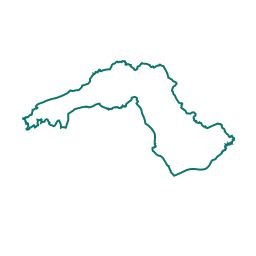 Sam Ngam, Phichit, Thailand (Natural Earth projection), rotated 249°
{"feature_id": "78962969B83024489424242", "entity_name": "Sam Ngam", "entity_type": "district", "adm_level": 2, "iso_a3": "THA", "parent_name": "Thailand", "parent_adm1": "Phichit", "projection": "natural_earth1", "projection_center": [100.162, 16.481], "detail": "fine", "context": "isolated", "style": "outline", "palette": "teal", "viewbox_px": 256, "rotation_deg": 249, "n_neighbors": 0, "source": "geoboundaries", "source_scale": "gbopen_adm2", "svg_char_len": 5899}
<svg xmlns="http://www.w3.org/2000/svg" viewBox="0 0 256 256"><g transform="rotate(249 128 128)"><path d="M174.6,32.7L174.2,33.5L173.9,33.6L172.6,34.9L171.1,34.8L170.8,34.9L170.7,34.7L170.3,34.9L169.9,34.6L168.5,34.4L168.6,35.8L167.9,36.3L167.5,36.1L167.0,35.6L166.3,35.9L165.6,35.6L163.7,33.7L163.4,32.8L162.9,32.9L162.8,33.4L162.3,34.0L162.5,35.3L162.7,35.8L163.6,36.8L163.3,38.0L164.1,39.9L164.3,41.1L161.9,41.2L161.9,42.1L162.8,43.4L162.6,44.5L162.7,45.1L163.3,45.4L164.4,45.1L164.9,45.2L166.9,46.4L167.7,46.4L167.7,46.7L168.0,46.7L167.0,48.1L167.2,50.2L166.7,50.3L164.1,48.8L164.4,49.9L164.1,50.3L164.2,51.1L163.8,52.3L164.9,53.5L165.3,54.1L165.4,54.9L164.9,55.7L163.9,56.1L162.7,55.9L161.4,56.7L161.0,56.6L160.5,55.9L159.8,55.9L158.4,57.0L157.5,58.3L156.3,59.2L156.3,60.0L156.8,61.1L159.0,63.5L159.5,64.3L159.9,65.3L159.8,66.2L158.8,66.5L155.3,66.5L154.0,66.2L152.4,65.6L152.5,66.5L152.3,67.0L151.6,68.7L151.4,68.7L150.6,70.0L156.8,75.1L162.6,77.2L163.9,83.2L164.7,84.9L163.8,93.0L163.6,93.5L163.0,96.7L162.5,96.8L162.3,97.9L161.2,99.0L160.8,102.7L161.4,106.1L161.4,107.4L161.2,109.2L160.9,110.2L159.9,110.0L157.9,111.0L153.5,115.4L153.4,115.8L153.6,116.0L153.4,116.5L153.2,116.6L152.8,116.4L152.6,116.8L152.2,116.7L152.2,117.5L152.4,117.9L152.1,118.7L151.7,119.0L151.8,119.5L151.6,119.8L152.2,121.1L152.2,122.1L151.9,123.8L151.5,124.1L151.6,125.1L151.3,125.4L151.0,126.0L150.5,126.2L149.9,126.8L149.4,127.7L149.6,128.3L149.3,128.9L149.4,129.4L150.0,129.5L150.4,130.7L150.8,131.1L149.5,131.7L149.2,132.3L149.6,133.1L149.0,133.5L149.4,134.2L150.6,134.6L151.4,135.7L151.6,136.9L152.1,137.9L152.8,141.0L153.4,141.6L154.7,142.1L154.9,142.4L154.9,142.9L154.8,143.2L154.8,144.2L154.6,145.4L154.1,146.0L152.9,147.0L152.5,147.0L151.0,146.2L149.1,146.8L148.7,146.4L148.1,144.8L147.9,144.7L147.1,144.9L142.5,146.7L140.1,147.0L137.0,146.4L132.3,146.6L129.5,146.5L125.8,145.9L123.2,147.8L118.8,149.8L114.4,150.8L113.1,150.8L112.0,150.7L109.5,149.9L104.8,147.6L104.2,147.5L103.7,147.8L102.9,147.0L101.2,147.4L100.5,147.0L100.5,145.5L100.8,145.4L100.5,143.6L98.6,143.0L97.5,143.0L96.7,143.7L93.5,144.9L91.6,146.3L91.0,147.0L90.3,148.2L89.5,148.8L87.3,149.9L78.6,151.4L78.1,152.3L75.1,152.2L73.1,152.3L73.0,152.5L71.6,152.2L67.0,153.9L66.9,155.8L67.2,161.5L67.7,167.7L67.5,170.0L67.1,172.1L65.9,175.5L63.5,179.9L62.7,182.2L62.1,184.6L62.2,186.7L62.9,188.6L63.9,190.5L67.5,194.5L67.6,195.2L67.6,198.2L67.7,198.7L68.1,199.5L68.9,200.2L69.9,203.7L70.8,206.4L71.7,206.7L71.8,207.5L72.6,208.3L72.4,208.8L72.7,209.1L72.7,209.9L72.9,210.3L72.7,210.4L72.6,210.8L73.1,211.0L73.3,211.1L73.3,211.4L73.6,211.6L73.5,211.9L73.6,212.1L74.5,212.0L75.4,212.5L75.5,212.2L75.8,212.3L75.8,212.0L76.1,212.1L76.2,212.6L76.5,212.7L76.3,213.1L76.5,213.8L77.0,213.7L76.8,213.9L77.0,214.1L77.0,214.4L76.7,214.5L76.9,214.8L76.8,215.2L77.1,215.4L76.7,215.4L76.8,215.7L76.5,216.5L77.0,216.3L76.8,216.7L76.6,216.7L76.7,216.9L76.5,217.1L76.4,218.0L76.5,218.3L76.3,218.5L76.2,219.1L76.6,218.9L76.4,219.3L77.3,219.3L77.3,219.7L77.8,219.7L77.8,219.9L77.7,220.2L78.8,221.5L78.9,222.4L79.1,222.3L79.3,221.9L79.3,221.6L79.5,221.6L79.5,222.3L79.8,222.7L79.7,223.0L80.0,223.3L80.5,223.3L80.6,222.9L80.9,222.7L81.8,222.5L82.1,222.1L82.6,222.2L82.9,222.1L83.1,222.3L83.5,222.2L83.4,221.2L83.0,219.7L83.3,219.4L83.9,219.2L85.8,219.1L87.0,218.2L90.2,217.1L90.4,217.4L91.8,217.5L93.1,217.2L94.2,216.1L95.3,216.0L96.8,216.6L97.0,216.2L97.6,216.3L98.4,215.9L99.7,213.3L100.0,213.3L99.7,205.3L99.4,202.1L100.3,201.0L100.5,201.3L101.9,200.7L101.9,199.4L103.7,198.3L106.4,198.0L106.6,197.4L107.7,196.8L107.3,196.0L107.5,195.3L108.5,194.6L108.8,193.8L109.4,193.7L110.2,194.1L110.6,193.5L110.7,192.9L111.2,192.5L111.7,192.5L113.2,193.0L113.7,192.8L114.3,193.0L114.9,193.5L115.4,195.3L116.6,196.1L117.4,195.9L119.2,194.9L119.5,192.8L119.0,191.3L120.6,188.2L122.5,187.8L124.0,187.7L125.0,186.7L125.8,186.5L126.5,185.7L128.0,185.0L129.0,185.8L129.7,185.9L130.7,187.1L131.5,187.4L131.8,187.1L132.1,186.1L132.9,184.9L133.6,184.6L137.8,183.6L141.8,183.4L143.0,182.7L143.7,182.6L145.7,183.0L146.9,182.4L147.5,182.6L149.7,184.4L150.4,185.4L150.7,187.2L151.9,189.1L152.4,189.4L152.6,189.4L153.4,189.1L155.8,186.8L157.4,186.4L158.4,185.4L159.9,184.4L160.6,183.7L161.9,184.0L165.6,184.2L169.3,183.8L170.9,183.4L172.5,183.4L173.0,183.2L174.1,181.8L175.8,180.5L175.7,180.1L175.2,180.2L175.1,179.9L175.7,177.8L175.5,176.1L175.0,174.6L175.2,173.8L176.6,173.4L176.7,172.9L176.4,172.3L176.4,171.8L177.0,171.2L177.9,170.8L179.1,170.8L179.4,170.2L180.9,168.8L181.5,167.8L182.7,165.1L183.6,164.2L183.2,163.1L182.7,162.6L182.5,161.9L181.9,161.5L181.7,159.8L181.9,159.1L181.4,158.5L180.0,158.0L180.0,157.4L179.6,157.0L179.4,155.8L179.8,155.4L180.3,154.7L181.3,154.9L182.6,153.9L184.8,152.6L185.3,153.1L185.9,153.2L186.5,152.0L187.7,150.9L187.6,149.2L188.0,148.5L188.3,148.5L188.7,149.1L189.3,149.4L190.3,148.8L191.2,149.1L192.4,147.1L192.5,146.7L191.9,146.1L191.8,145.6L192.8,144.2L192.8,142.4L193.6,142.1L193.9,141.7L193.9,140.8L193.0,138.9L193.1,136.9L192.5,135.4L191.1,134.4L190.4,133.3L189.3,132.5L189.2,132.2L189.9,130.3L190.5,128.1L190.5,126.8L190.9,125.3L190.6,123.7L190.7,122.9L191.1,122.5L192.2,122.7L192.7,122.2L192.3,121.2L191.1,120.1L190.9,119.6L190.9,119.2L191.8,118.5L191.9,118.1L190.9,117.1L190.9,115.7L191.1,115.3L190.2,115.4L190.0,114.0L187.6,110.4L186.8,109.8L185.6,109.5L185.0,109.1L183.9,107.4L183.6,106.1L184.0,100.3L183.0,99.8L182.5,99.1L181.4,96.6L181.1,95.5L181.7,93.5L182.4,89.4L183.6,87.9L183.4,87.8L183.3,87.4L183.3,86.1L183.1,85.6L182.6,85.4L182.2,83.9L181.7,78.3L181.7,72.2L182.5,66.0L182.6,63.6L182.7,61.6L182.4,57.9L182.6,53.0L181.8,50.6L181.4,49.9L180.5,50.0L179.3,50.7L179.1,50.5L178.9,49.6L179.4,48.3L179.1,47.3L179.0,45.3L178.5,45.3L175.8,43.4L175.1,43.1L174.9,42.2L175.2,41.9L175.1,41.0L174.8,40.0L174.0,38.7L174.0,38.1L174.4,37.7L174.2,36.4L174.6,36.3L174.2,34.6L174.5,34.5L174.6,32.7Z" fill="none" stroke="#0f766e" stroke-width="2"/></g></svg>